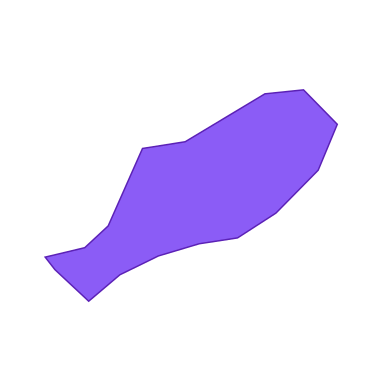 outline of Rotuma, rotated 329°
{"feature_id": "FJI-2658", "entity_name": "Rotuma", "entity_type": "Division", "adm_level": 1, "iso_a3": "FJI", "parent_name": "Fiji", "parent_adm1": "", "projection": "natural_earth1", "projection_center": [177.065, -12.496], "detail": "fine", "context": "isolated", "style": "filled", "palette": "violet", "viewbox_px": 384, "rotation_deg": 329, "n_neighbors": 0, "source": "natural_earth", "source_scale": "10m", "svg_char_len": 370}
<svg xmlns="http://www.w3.org/2000/svg" viewBox="0 0 384 384"><g transform="rotate(329 192 192)"><path d="M340.2,161.9L351.4,208.8L311.4,238.3L253.1,253.3L207.4,254.8L171.6,240.1L130.3,229.5L87.6,225.8L47.2,232.4L34.5,187.9L32.6,172.2L71.4,184.5L102.7,177.9L172.0,129.2L212.0,145.4L305.1,145.4L340.2,161.9Z" fill="#8b5cf6" stroke="#5b21b6" stroke-width="1.5"/></g></svg>